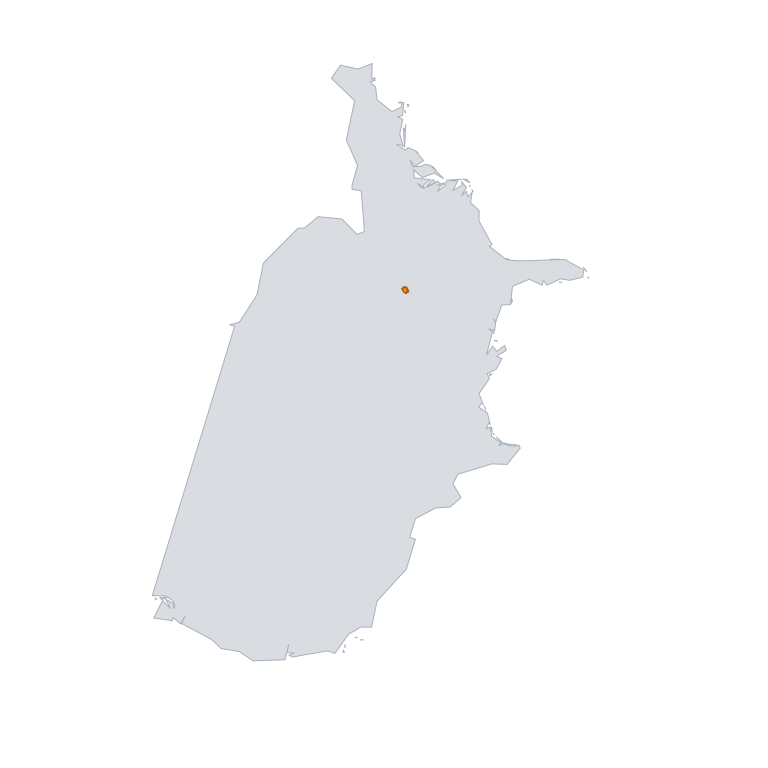 Ohio, Kentucky, United States of America shown in context, rotated 287°
{"feature_id": "52423323B15881176064860", "entity_name": "Ohio", "entity_type": "district", "adm_level": 2, "iso_a3": "USA", "parent_name": "United States of America", "parent_adm1": "Kentucky", "projection": "natural_earth1", "projection_center": [-86.877, 37.475], "detail": "fine", "context": "in_parent", "style": "filled", "palette": "amber", "viewbox_px": 768, "rotation_deg": 287, "n_neighbors": 0, "source": "geoboundaries", "source_scale": "gbopen_adm2", "svg_char_len": 4569}
<svg xmlns="http://www.w3.org/2000/svg" viewBox="0 0 768 768"><g transform="rotate(287 384 384)"><path d="M606.5,276.6L646.3,273.1L661.0,244.3L676.1,249.2L677.6,267.0L687.0,278.9L672.1,283.1L671.5,286.4L668.8,282.3L665.4,289.3L653.8,294.2L646.8,312.0L653.8,319.6L658.2,318.7L656.9,315.3L658.4,316.9L658.9,320.7L646.1,323.2L643.6,319.1L642.5,324.6L627.7,325.9L616.8,333.0L617.8,329.0L616.6,326.4L613.9,336.0L617.1,337.7L616.3,345.9L609.2,356.4L601.1,349.8L605.6,343.3L600.3,347.8L602.7,355.2L606.1,359.4L606.8,364.1L597.8,381.2L600.4,370.4L592.7,360.3L597.4,349.6L590.0,352.8L593.0,368.6L585.8,363.8L583.3,364.3L585.4,359.4L585.3,357.9L582.9,361.8L582.9,365.1L593.9,371.2L591.6,374.1L586.6,368.5L584.7,367.6L591.0,374.2L593.6,375.5L592.2,379.5L588.8,376.4L594.1,382.5L592.9,383.3L590.3,380.2L583.6,378.8L592.0,384.6L597.3,384.4L602.8,399.1L597.9,387.8L599.6,395.1L589.6,393.5L596.9,400.8L600.4,398.7L596.1,405.3L586.6,403.0L592.4,406.4L587.5,409.7L593.4,412.2L582.8,413.7L577.5,424.3L567.6,427.2L548.9,446.5L546.5,444.4L539.5,462.2L538.9,466.6L542.1,480.1L556.0,520.3L551.4,541.6L544.4,542.8L537.5,531.4L536.2,522.0L526.2,511.0L529.6,506.1L524.7,506.4L526.7,492.3L515.0,478.3L497.0,481.7L493.9,473.5L476.2,472.8L478.4,469.7L475.3,472.8L467.3,474.2L467.3,468.0L465.9,472.4L441.6,473.6L451.9,476.7L448.3,482.5L456.1,488.1L452.0,491.1L443.4,483.6L442.8,489.4L430.8,486.9L424.2,479.6L420.1,483.3L402.7,477.6L392.4,485.6L395.0,483.4L389.6,481.4L386.6,491.3L375.8,497.7L378.3,495.8L371.3,494.7L373.7,498.1L365.4,502.3L362.0,513.3L358.4,511.6L361.5,514.6L361.8,524.7L364.9,530.8L362.5,533.0L343.1,525.2L339.1,510.4L319.2,480.8L308.6,479.2L298.0,490.8L285.6,483.1L280.5,469.5L264.5,453.5L245.0,453.4L244.7,459.4L213.5,459.5L174.3,440.8L147.8,443.2L144.9,433.0L134.4,423.3L111.8,415.7L112.4,408.4L96.0,375.9L97.0,372.5L100.5,376.8L98.7,369.7L107.3,369.0L91.3,369.9L81.0,339.7L85.8,323.6L83.4,305.6L89.2,293.9L95.8,260.6L103.7,261.4L95.1,259.8L98.9,250.8L95.8,250.9L93.0,232.3L112.2,235.5L107.0,245.3L114.3,238.3L112.6,246.5L107.6,248.5L110.9,248.9L115.0,245.5L117.5,237.1L113.9,224.3L395.4,224.3L395.6,219.4L400.8,227.6L432.2,236.5L464.4,233.3L507.9,256.3L509.8,262.3L524.7,272.0L529.5,295.5L519.1,314.5L524.1,320.7L562.3,305.7L560.6,296.9L564.0,295.4L585.2,294.8L606.5,276.6ZM632.3,329.9L638.7,328.9L616.3,334.5L634.7,327.7L632.3,329.9ZM114.3,232.2L116.2,237.4L115.9,238.3L112.8,234.3L114.3,232.2ZM364.6,529.1L362.3,520.2L362.6,515.1L362.8,520.4L364.6,529.1ZM673.7,283.8L673.8,286.5L672.7,285.9L673.7,283.8ZM424.4,482.2L424.9,484.3L423.0,482.6L424.4,482.2ZM120.1,423.9L122.9,422.8L123.1,423.1L120.1,423.9ZM117.4,423.1L116.2,424.6L115.4,423.3L117.4,423.1ZM652.0,323.6L650.3,325.3L649.8,324.9L652.0,323.6ZM364.2,510.5L362.6,514.5L366.4,506.7L364.2,510.5ZM552.0,507.1L554.6,515.0L551.5,506.3L552.0,507.1ZM133.3,430.5L134.2,432.7L133.1,430.7L133.3,430.5ZM552.6,542.8L550.4,545.3L554.0,540.0L552.6,542.8ZM603.7,404.0L601.4,407.1L603.2,399.7L603.7,404.0ZM112.2,228.0L112.0,229.5L111.0,228.7L112.2,228.0ZM373.7,499.7L369.9,501.6L373.9,499.1L373.7,499.7ZM658.2,324.4L658.1,326.4L656.2,325.9L658.2,324.4ZM132.7,436.5L133.4,439.1L132.3,436.8L132.7,436.5ZM368.9,503.1L367.4,504.1L368.7,502.5L368.9,503.1ZM605.9,367.4L603.5,371.5L606.3,365.8L605.9,367.4ZM391.2,487.4L388.7,489.0L392.3,486.3L391.2,487.4ZM540.0,464.3L539.5,467.5L539.3,465.3L540.0,464.3ZM594.3,412.7L593.5,413.3L595.9,410.9L594.3,412.7ZM503.5,481.0L500.5,482.6L499.3,482.3L503.5,481.0ZM466.2,473.7L465.6,474.2L463.9,474.1L466.2,473.7ZM532.9,522.3L533.3,524.6L532.4,521.8L532.9,522.3ZM458.4,478.2L457.9,480.4L457.8,476.6L458.4,478.2ZM545.9,548.3L544.2,548.6L546.5,547.9L545.9,548.3ZM615.8,347.3L614.7,349.3L616.1,346.4L615.8,347.3ZM599.5,407.7L598.5,408.5L598.2,408.4L599.5,407.7Z" fill="#d9dde1" stroke="#a8b0b8" stroke-width="1"/><path d="M479.5,380.4L479.7,380.2L479.9,379.8L480.0,379.8L480.1,379.6L480.3,379.4L480.3,379.2L480.5,379.3L480.4,379.1L480.4,378.8L480.6,378.7L480.9,378.8L480.9,379.1L481.0,379.1L482.6,377.9L482.1,375.9L482.1,375.7L482.3,375.7L482.5,375.6L482.5,375.8L482.8,376.0L482.8,375.9L483.0,375.9L482.8,375.6L482.5,375.3L482.3,374.9L482.3,374.3L480.4,373.3L479.9,373.7L480.4,374.2L480.2,374.3L479.6,374.6L479.5,374.8L479.2,374.8L479.0,374.7L478.4,375.4L478.0,375.7L477.9,375.8L477.3,376.8L477.2,376.9L477.0,376.7L477.3,377.0L477.4,377.6L477.4,378.2L477.1,378.4L477.0,378.7L477.1,378.8L477.3,378.8L477.5,378.4L477.7,378.2L477.9,378.2L478.1,378.3L478.3,378.5L478.6,379.0L478.7,379.4L478.6,379.6L478.8,379.7L479.0,380.0L479.3,380.0L479.5,380.4Z" fill="#f59e0b" stroke="#b45309" stroke-width="1.5"/></g></svg>